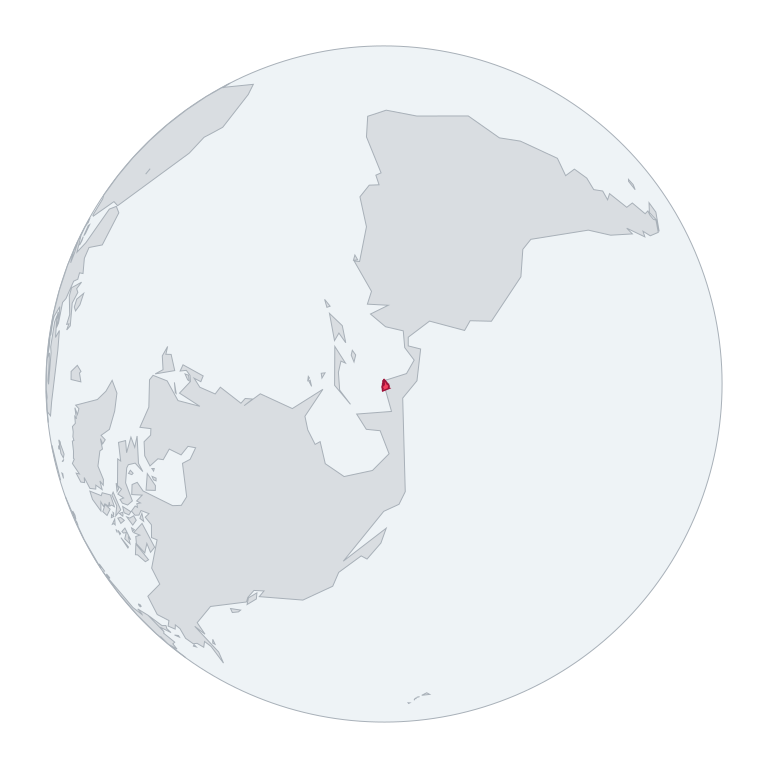 Gracias a Dios highlighted on a globe, orthographic projection, rotated 247°
{"feature_id": "HND-640", "entity_name": "Gracias a Dios", "entity_type": "Department", "adm_level": 1, "iso_a3": "HND", "parent_name": "Honduras", "parent_adm1": "", "projection": "orthographic", "projection_center": [-83.951, 15.304], "detail": "fine", "context": "on_globe", "style": "filled", "palette": "rose", "viewbox_px": 768, "rotation_deg": 247, "n_neighbors": 0, "source": "natural_earth", "source_scale": "10m", "svg_char_len": 10949}
<svg xmlns="http://www.w3.org/2000/svg" viewBox="0 0 768 768"><g transform="rotate(247 384 384)"><circle cx="384" cy="384" r="338" fill="#eef3f6" stroke="#a8b0b8"/><path d="M417.6,424.6L409.6,421.2L401.9,431.4L374.1,415.6L363.7,395.7L276.6,361.5L267.4,350.8L266.9,334.0L236.8,277.3L250.4,329.7L238.8,319.0L229.5,300.0L234.7,295.8L228.3,268.7L217.9,257.8L216.8,224.9L237.0,186.1L240.4,192.7L244.8,183.6L240.8,175.3L237.1,172.2L247.0,137.4L237.3,118.8L223.6,121.5L234.9,115.1L201.9,127.1L189.8,127.2L210.0,122.3L217.1,118.2L212.1,115.2L218.3,110.6L219.5,106.9L227.4,102.0L238.6,100.6L243.8,97.8L240.0,96.0L245.5,90.7L250.3,93.6L260.4,85.2L280.9,83.7L287.4,99.4L305.3,98.2L329.2,114.2L333.5,110.0L345.3,114.9L354.7,112.2L356.5,117.0L362.5,110.9L359.1,107.2L360.5,103.5L365.7,101.9L368.9,107.3L366.8,108.9L370.4,109.7L369.7,113.3L373.0,110.6L376.2,118.0L380.8,108.6L389.9,112.8L389.9,118.4L379.7,120.4L354.6,141.9L351.5,150.0L357.3,158.3L389.7,167.5L390.4,176.1L398.9,185.7L403.2,179.2L398.0,169.5L408.0,160.9L400.6,151.2L403.5,146.6L400.0,136.6L411.4,135.7L424.6,140.6L428.1,149.2L434.0,152.0L439.5,142.4L454.6,158.5L479.5,169.8L482.2,174.8L471.6,185.6L449.2,187.9L435.4,205.8L455.5,192.2L461.9,206.8L467.7,208.8L473.8,207.4L475.6,201.4L480.2,206.5L462.1,220.7L457.7,216.3L463.5,211.5L453.0,213.2L440.8,224.7L445.0,232.1L422.2,244.8L424.9,250.6L421.5,257.2L418.7,246.8L423.3,266.3L397.2,290.0L403.0,325.7L385.2,298.6L371.5,295.9L355.3,297.0L355.9,302.7L333.6,298.8L314.4,311.1L308.9,339.6L317.8,361.4L342.5,362.2L349.2,350.0L367.0,347.1L355.8,380.2L387.1,384.2L384.8,408.8L394.2,421.1L409.4,417.3L425.4,422.5L436.1,407.8L453.7,398.9L454.8,418.7L464.0,399.9L474.2,408.7L508.8,404.6L506.3,409.4L535.6,429.3L565.7,435.0L572.8,448.1L569.3,457.3L579.4,458.1L579.5,463.8L618.3,464.4L636.8,473.6L635.2,493.0L617.9,518.8L597.8,566.3L565.5,586.4L554.3,604.4L524.0,631.8L504.8,632.6L507.4,643.2L494.3,651.1L481.0,653.0L476.2,660.7L466.2,661.8L471.1,666.0L451.8,676.5L453.6,683.3L438.7,690.9L440.2,694.5L435.7,694.7L430.2,696.4L428.7,698.4L416.4,695.7L416.4,687.0L423.4,682.1L417.5,681.6L432.6,668.3L425.1,671.3L432.4,650.8L445.8,632.2L459.8,575.7L453.7,564.4L429.2,551.9L399.8,507.4L408.6,488.0L401.8,479.1L424.1,450.5L417.6,424.6ZM80.4,304.8L82.7,297.1L83.1,302.7L80.4,304.8ZM82.9,291.9L82.3,294.6L82.6,292.3L82.9,291.9ZM82.3,289.9L82.7,291.4L81.9,290.5L82.3,289.9ZM81.1,288.2L81.9,288.8L81.7,289.0L81.1,288.2ZM402.1,338.0L437.8,353.4L418.3,356.7L421.9,353.3L412.6,346.6L395.7,340.8L378.4,345.2L402.1,338.0ZM80.4,283.2L80.3,281.8L81.2,281.6L80.4,283.2ZM416.3,317.5L410.1,316.4L416.0,316.0L416.3,317.5ZM234.5,171.8L240.1,175.7L241.4,185.4L236.0,182.5L234.5,171.8ZM232.9,155.1L237.3,155.0L231.9,163.7L231.1,161.0L232.9,155.1ZM212.4,125.1L215.9,126.6L210.4,126.8L212.4,125.1ZM218.3,107.3L215.3,108.5L217.2,106.1L218.3,107.3ZM393.9,137.9L396.9,137.3L396.0,139.5L393.9,137.9ZM389.6,134.4L386.4,137.4L383.9,136.3L385.9,134.4L389.6,134.4ZM230.9,96.8L234.8,93.1L232.8,96.5L230.9,96.8ZM394.0,131.1L379.8,133.9L375.4,131.9L379.3,123.5L394.0,131.1ZM238.4,90.8L247.6,83.0L241.9,84.7L263.4,76.4L248.4,85.2L246.8,88.9L243.6,88.5L238.4,90.8ZM355.7,106.8L359.6,110.6L351.5,109.1L355.7,106.8ZM350.2,106.8L323.4,109.1L320.3,103.3L329.9,103.4L322.0,97.8L333.7,93.7L340.6,95.9L340.3,100.2L345.0,95.5L350.2,106.8ZM273.8,73.6L277.7,71.9L275.7,73.5L273.8,73.6ZM360.5,102.0L355.4,102.7L352.3,97.6L362.1,95.3L359.9,97.6L360.5,102.0ZM314.2,98.6L313.7,94.9L323.0,90.4L324.0,88.5L333.7,93.1L314.2,98.6ZM363.2,98.0L367.1,94.4L373.3,95.6L365.3,101.1L363.2,98.0ZM347.4,97.3L346.4,94.9L350.2,95.4L347.4,97.3ZM397.4,98.7L391.3,98.9L389.2,96.2L397.4,98.7ZM368.1,93.1L365.9,92.8L364.4,91.9L368.2,89.9L368.1,93.1ZM339.6,90.0L343.6,89.1L336.1,87.8L342.8,84.9L348.0,88.7L348.6,85.9L350.6,85.1L352.6,89.2L339.6,90.0ZM367.4,85.5L376.3,90.4L388.1,90.1L390.3,92.4L371.0,92.5L367.4,85.5ZM358.5,87.3L364.5,86.6L364.2,89.4L359.9,91.7L358.5,87.3ZM345.4,81.8L333.8,85.1L333.1,84.2L345.4,81.8ZM370.9,84.8L368.6,83.7L371.7,84.4L370.9,84.8ZM353.3,81.9L349.3,83.1L348.6,82.0L353.3,81.9ZM367.5,80.8L370.3,82.2L367.6,83.6L367.5,80.8ZM361.0,80.8L361.0,79.1L364.8,83.3L359.4,81.5L361.0,80.8ZM353.2,80.7L351.5,80.4L355.0,80.4L353.2,80.7ZM376.4,75.3L382.0,80.2L375.8,83.0L371.2,77.7L376.4,75.3ZM436.0,701.4L416.9,696.9L428.1,699.0L438.2,695.3L447.3,698.8L436.0,701.4ZM464.7,691.1L475.0,688.3L476.8,689.0L470.1,691.3L464.7,691.1ZM635.0,157.8L634.9,157.7L629.3,151.6L618.0,142.9L625.1,149.9L636.2,159.1L636.6,159.8L646.2,171.1L639.2,163.2L625.3,152.9L630.5,164.7L652.3,199.5L652.1,207.0L645.2,206.8L622.1,179.0L624.9,165.8L616.8,157.3L603.3,150.1L605.3,147.2L600.1,143.1L599.9,138.5L586.9,124.6L584.7,120.0L567.3,108.2L563.9,104.6L575.2,112.3L581.9,115.8L575.1,106.7L570.1,103.0L559.4,96.5L558.8,95.5L549.3,90.5L539.3,84.2L543.4,88.2L530.9,82.4L518.2,75.9L514.8,75.1L535.5,85.9L543.0,89.8L548.4,91.7L569.7,105.0L574.7,109.7L555.2,99.8L560.1,106.1L542.8,97.1L497.5,71.1L485.0,64.6L490.1,63.3L500.1,66.8L503.3,68.7L511.7,71.2L505.6,68.9L505.2,68.6L493.1,64.2L492.2,63.9L482.1,60.8L479.6,59.9L484.5,61.4L508.8,70.0L532.5,80.4L555.2,92.7L577.0,106.6L597.6,122.2L617.0,139.2L635.0,157.8ZM404.7,46.7L373.6,46.7L358.4,47.2L362.5,46.8L404.7,46.7ZM360.2,46.9L334.9,49.7L325.0,51.3L360.2,46.9ZM320.9,52.0L321.8,51.9L309.7,54.5L314.2,53.6L314.3,53.8L285.4,62.8L276.5,65.5L266.3,71.2L267.2,71.3L273.2,69.4L263.4,76.4L241.9,84.7L240.7,83.8L228.1,90.5L227.3,88.1L220.8,89.9L227.3,85.0L221.6,87.7L217.2,90.2L209.4,94.7L229.5,83.5L239.1,79.6L234.6,81.0L241.3,77.8L243.1,76.8L242.5,77.1L267.9,66.6L294.1,58.3L320.9,52.0ZM720.8,356.3L721.0,360.0L719.7,351.1L719.3,353.7L710.9,380.8L703.5,372.1L683.3,335.8L681.4,314.7L672.6,294.9L652.2,208.5L657.4,206.7L652.1,182.0L653.2,182.0L664.1,197.2L667.4,199.9L679.6,220.3L690.5,241.6L699.7,263.6L707.4,286.1L713.5,309.2L718.0,332.6L720.8,356.3ZM670.3,246.6L673.5,252.7L673.5,252.8L670.3,246.6ZM509.8,404.2L514.1,407.6L508.6,408.3L509.8,404.2ZM416.0,365.0L423.4,365.1L427.4,368.0L421.8,369.3L416.0,365.0ZM476.9,361.4L485.1,362.4L476.7,364.8L476.9,361.4ZM443.3,355.4L470.3,361.4L454.0,368.4L436.9,364.9L448.5,362.4L443.3,355.4ZM413.7,329.2L418.4,330.4L417.3,334.1L413.7,329.2ZM420.6,317.3L418.8,317.7L416.3,314.8L420.6,317.3ZM463.0,205.9L464.6,204.9L471.0,204.8L468.5,207.5L463.0,205.9ZM496.5,190.9L503.1,199.5L496.6,194.8L494.4,199.6L478.1,196.6L482.7,177.3L483.5,186.2L496.5,190.9ZM457.6,188.5L467.4,191.7L456.5,189.0L457.6,188.5ZM571.8,128.6L575.9,129.0L582.2,134.4L584.8,143.0L575.7,135.0L571.8,128.6ZM580.3,128.6L560.1,117.9L557.7,113.0L562.5,117.4L562.9,115.2L570.7,121.8L588.0,128.7L594.7,134.1L595.9,145.4L591.8,138.3L588.0,138.0L580.3,128.6ZM513.1,108.0L504.4,105.8L510.4,97.7L517.8,100.9L521.0,109.0L514.0,110.0L513.1,108.0ZM403.7,116.8L399.9,118.2L399.1,116.5L401.5,113.9L403.7,116.8ZM394.7,99.0L419.1,109.6L416.0,111.5L434.0,116.8L432.9,124.0L421.3,120.2L434.0,130.3L423.1,129.8L432.6,136.4L406.9,127.0L397.6,127.8L408.4,124.0L409.6,117.1L407.3,114.4L394.0,107.5L374.7,106.7L372.8,100.7L376.6,96.6L380.9,95.9L380.8,99.8L386.7,96.0L389.8,101.3L394.7,99.0ZM422.2,65.8L420.2,68.5L432.6,66.1L435.8,69.5L437.0,69.1L443.4,71.9L453.2,74.8L453.2,76.5L457.0,77.0L461.3,79.2L466.6,80.6L468.4,84.5L475.0,86.7L472.1,87.3L483.0,90.2L475.7,89.9L480.5,93.5L485.0,91.9L481.7,114.1L486.0,125.2L493.6,135.2L480.0,134.6L464.3,125.5L449.5,113.5L447.3,103.5L441.6,105.6L438.8,101.6L444.5,101.6L434.1,99.4L433.4,96.3L420.2,88.6L405.7,88.4L400.5,86.0L405.8,84.6L396.9,83.3L403.5,79.2L399.9,77.6L402.8,72.5L415.1,71.5L410.2,69.9L412.2,66.6L422.2,65.8ZM377.7,73.8L391.7,70.6L400.3,71.4L391.7,80.1L394.0,82.1L388.8,88.8L376.4,87.9L379.0,85.9L378.7,83.9L382.7,85.0L379.2,82.7L382.8,80.2L381.0,77.9L386.1,77.3L377.7,73.8ZM648.1,174.8L647.8,173.8L645.8,170.8L651.8,178.3L648.1,174.8ZM639.1,167.9L637.8,165.6L645.4,173.7L645.7,175.3L639.1,167.9ZM630.7,157.9L637.2,164.8L633.9,161.9L630.7,157.9ZM573.4,110.2L571.3,108.0L573.6,109.2L577.7,112.3L573.4,110.2ZM459.7,62.8L457.2,63.3L455.0,62.7L444.5,62.1L441.3,60.0L446.4,59.5L459.7,62.8ZM454.5,60.4L450.5,60.3L451.4,59.3L454.5,60.4ZM438.4,58.6L438.3,57.3L439.7,59.8L438.4,58.6ZM453.5,53.3L457.3,54.4L440.4,51.6L421.6,48.7L439.7,51.1L450.6,52.9L453.5,53.3L453.5,53.3ZM379.8,46.6L377.4,47.3L373.3,47.1L379.8,46.6ZM382.0,46.9L388.8,47.8L384.1,48.3L379.7,47.5L382.0,46.9ZM422.3,52.1L427.9,52.7L427.1,53.3L422.3,52.1ZM275.4,72.0L277.5,71.9L273.7,73.0L275.4,72.0ZM317.0,53.3L316.4,53.7L312.0,54.6L317.0,53.3ZM312.2,55.6L317.7,54.3L313.0,55.8L312.2,55.6ZM329.7,51.6L320.4,53.8L327.7,51.6L329.7,51.6Z" fill="#d9dde1" stroke="#a8b0b8" stroke-width="1"/><path d="M378.1,387.2L378.0,387.3L378.0,385.9L378.0,385.4L378.1,380.0L378.3,380.0L378.9,380.3L379.6,380.5L379.9,380.6L380.0,380.7L379.9,380.8L379.9,381.0L380.0,381.2L380.3,381.1L380.5,381.2L381.0,381.2L380.9,381.0L380.4,380.9L380.1,380.8L380.1,380.7L380.3,380.7L381.1,380.9L381.6,380.9L381.9,381.0L382.1,381.0L382.4,381.3L382.8,381.6L383.4,382.1L384.0,382.6L384.3,382.9L384.8,383.2L384.9,383.3L385.0,383.3L385.3,383.4L385.3,383.5L385.2,383.5L384.8,383.3L384.7,383.2L384.3,383.1L384.2,383.1L384.3,383.0L384.2,382.9L384.0,382.7L383.9,382.8L383.9,382.7L383.7,382.6L383.4,382.8L383.2,382.7L383.3,382.6L383.2,382.5L383.2,382.8L383.3,382.9L383.2,382.9L383.0,382.6L382.9,382.5L382.7,382.6L382.7,382.8L382.8,382.8L382.9,382.6L383.0,382.6L383.1,382.8L383.2,383.0L383.0,383.3L383.2,383.6L383.3,383.7L383.5,383.8L383.6,383.7L383.7,383.8L383.7,384.0L383.8,384.0L384.1,384.0L384.1,384.3L384.3,384.4L384.5,384.3L384.7,384.2L384.4,384.0L384.4,383.9L384.2,383.9L383.8,383.7L383.7,383.7L383.5,383.4L383.8,383.3L384.3,383.5L384.5,383.8L384.8,383.9L384.8,384.0L385.0,384.1L385.0,384.3L385.0,384.5L385.3,384.6L385.4,384.4L385.5,384.3L385.8,384.3L385.8,384.2L386.3,384.1L386.4,384.3L386.4,384.5L386.2,384.5L386.2,384.4L386.0,384.5L385.9,384.6L385.9,384.8L385.9,384.7L386.0,384.7L385.9,384.6L386.0,384.6L386.1,384.8L386.3,384.8L386.3,384.7L386.7,384.5L386.6,384.4L386.5,384.2L386.4,384.0L386.1,384.0L386.0,383.9L385.9,384.0L385.9,383.9L385.6,383.8L385.6,383.7L385.4,383.6L385.4,383.4L385.5,383.5L386.3,383.9L387.1,384.2L387.4,384.4L387.5,384.5L387.5,384.9L387.6,385.2L387.8,385.4L388.0,385.5L388.7,385.8L388.4,385.8L388.2,385.9L387.9,385.9L387.6,385.7L387.4,385.8L387.4,385.7L387.2,385.6L387.1,385.8L386.9,385.9L386.7,385.8L386.7,385.7L386.5,385.8L386.5,386.0L386.4,385.9L386.4,386.0L386.1,386.3L385.9,386.5L385.7,386.4L385.5,386.5L385.4,386.5L385.2,386.7L385.2,386.8L384.7,386.8L384.8,386.9L384.6,387.0L384.4,387.1L384.2,387.0L384.2,386.9L384.1,387.1L383.6,387.2L383.4,387.1L383.1,387.0L383.1,387.3L382.9,387.4L382.8,387.5L382.7,387.5L382.6,387.4L382.4,387.3L382.4,387.2L382.2,387.2L382.2,387.3L382.2,387.6L382.1,387.8L382.0,387.7L381.9,387.7L381.7,387.7L381.4,387.9L381.2,387.9L381.0,388.0L380.9,388.0L380.8,387.9L380.7,387.9L380.3,387.8L380.2,387.7L379.9,387.7L379.7,387.7L379.6,387.4L379.5,387.2L379.3,387.2L379.3,386.9L379.2,386.8L378.9,386.8L378.6,386.9L378.2,387.2L378.1,387.2Z" fill="#f43f5e" stroke="#9f1239" stroke-width="1.5"/></g></svg>